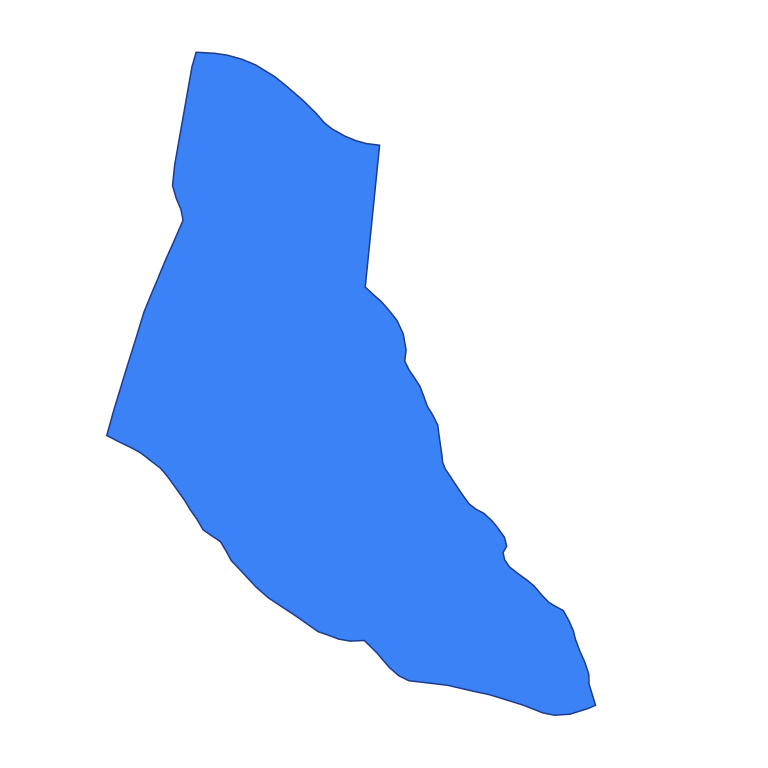 Vera Cruz, Bahia, Brazil, rotated 280°
{"feature_id": "56859067B29600247267043", "entity_name": "Vera Cruz", "entity_type": "district", "adm_level": 2, "iso_a3": "BRA", "parent_name": "Brazil", "parent_adm1": "Bahia", "projection": "orthographic", "projection_center": [-38.708, -13.031], "detail": "fine", "context": "isolated", "style": "filled", "palette": "blue", "viewbox_px": 768, "rotation_deg": 280, "n_neighbors": 0, "source": "geoboundaries", "source_scale": "gbopen_adm2", "svg_char_len": 1625}
<svg xmlns="http://www.w3.org/2000/svg" viewBox="0 0 768 768"><g transform="rotate(280 384 384)"><path d="M285.2,119.9L281.5,131.4L276.5,149.0L273.6,156.9L267.5,168.4L262.2,178.6L255.4,186.8L242.1,200.4L234.4,208.2L226.4,215.1L218.6,223.0L209.0,231.1L204.1,241.7L200.4,250.2L192.3,257.3L183.5,264.3L177.5,272.5L161.7,293.4L153.2,307.5L148.8,317.6L140.0,337.9L128.7,362.0L126.4,376.0L124.9,383.4L124.9,395.1L128.0,409.2L118.1,423.5L105.6,438.6L99.1,449.6L96.1,460.0L97.6,485.5L98.3,498.6L96.9,526.3L96.4,541.2L92.0,576.2L87.7,597.5L87.4,609.3L91.1,624.5L100.0,641.6L104.4,648.1L124.2,638.0L133.7,636.1L145.4,629.8L155.0,623.2L165.6,617.0L174.2,613.1L182.9,607.3L192.0,599.9L194.7,591.7L197.6,584.2L203.8,575.7L210.9,567.2L215.1,560.1L220.4,549.2L225.7,539.2L231.9,533.3L238.7,530.5L245.5,533.0L253.9,529.3L262.5,520.5L268.3,513.7L274.0,504.7L276.7,496.2L280.8,488.5L286.4,482.7L291.5,477.6L299.4,470.1L305.1,464.8L310.8,459.2L316.9,455.4L323.7,453.5L333.1,450.4L344.1,446.8L352.8,444.1L361.9,437.4L369.5,430.6L378.6,425.4L387.8,419.9L395.3,413.0L402.1,406.3L410.1,400.5L421.5,399.8L436.6,394.3L448.8,385.8L455.6,378.2L460.1,372.8L464.7,367.0L469.7,358.8L476.2,348.7L618.4,338.2L617.7,324.7L618.8,313.8L621.4,302.1L626.2,288.5L630.8,280.0L638.8,270.1L649.0,255.3L660.4,236.3L667.7,223.0L675.8,202.5L679.1,188.1L680.6,172.8L680.3,160.0L678.1,141.4L663.1,139.8L563.8,139.8L542.6,141.3L530.8,147.1L520.6,153.7L510.4,157.7L490.9,153.0L482.6,151.0L470.2,147.8L454.8,144.3L447.4,142.8L437.4,140.4L428.8,138.5L413.1,135.1L382.8,131.4L357.7,128.1L311.8,122.5L285.2,119.9Z" fill="#3b82f6" stroke="#1e3a8a" stroke-width="1.5"/></g></svg>